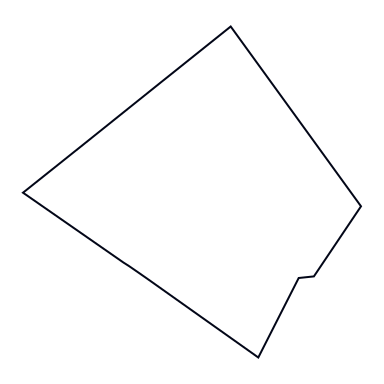 Lagoa de Velhos, Rio Grande do Norte, Brazil
{"feature_id": "56859067B16682382459596", "entity_name": "Lagoa de Velhos", "entity_type": "district", "adm_level": 2, "iso_a3": "BRA", "parent_name": "Brazil", "parent_adm1": "Rio Grande do Norte", "projection": "robinson", "projection_center": [-35.857, -6.01], "detail": "fine", "context": "isolated", "style": "outline", "palette": "ink", "viewbox_px": 384, "rotation_deg": 0, "n_neighbors": 0, "source": "geoboundaries", "source_scale": "gbopen_adm2", "svg_char_len": 266}
<svg xmlns="http://www.w3.org/2000/svg" viewBox="0 0 384 384"><path d="M23.0,192.7L123.4,262.5L129.2,266.2L145.8,277.7L258.3,357.5L298.7,278.0L313.9,276.4L361.0,206.3L230.7,26.5L160.7,82.5L84.0,144.0L23.0,192.7Z" fill="none" stroke="#020617" stroke-width="2"/></svg>